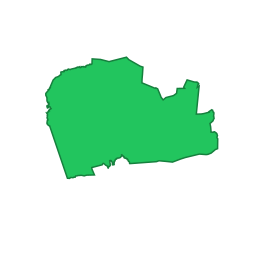 the district of Hidalgo, Durango, Mexico, rotated 298°
{"feature_id": "50627088B92149873655635", "entity_name": "Hidalgo", "entity_type": "district", "adm_level": 2, "iso_a3": "MEX", "parent_name": "Mexico", "parent_adm1": "Durango", "projection": "orthographic", "projection_center": [-104.857, 26.045], "detail": "fine", "context": "isolated", "style": "filled", "palette": "green", "viewbox_px": 256, "rotation_deg": 298, "n_neighbors": 0, "source": "geoboundaries", "source_scale": "gbopen_adm2", "svg_char_len": 5261}
<svg xmlns="http://www.w3.org/2000/svg" viewBox="0 0 256 256"><g transform="rotate(298 128 128)"><path d="M126.8,40.4L126.8,40.1L126.6,40.0L125.8,40.0L125.6,40.2L125.1,40.2L124.9,40.3L124.3,39.6L124.0,40.0L120.0,39.2L118.4,40.0L116.7,42.2L114.3,43.5L113.5,44.2L113.4,44.6L112.9,45.0L113.2,45.7L112.8,45.6L112.7,45.9L112.7,46.1L112.3,46.2L112.2,46.6L112.3,47.0L112.2,47.1L111.6,47.1L111.2,46.9L110.3,46.6L110.0,46.3L109.9,46.5L109.7,46.5L109.4,46.2L109.2,46.2L108.9,46.4L108.6,46.6L108.3,47.1L107.9,47.4L107.9,47.6L108.4,48.0L108.6,48.1L109.2,47.8L109.6,47.8L109.9,47.9L110.2,48.2L109.9,48.6L109.8,48.8L110.0,49.2L110.0,49.5L109.4,49.9L109.3,50.3L109.0,50.5L109.0,50.8L108.9,50.8L108.8,50.6L108.6,50.5L108.7,50.9L108.3,50.8L107.9,50.4L107.4,50.1L107.2,50.0L106.5,50.1L106.3,50.2L106.2,50.4L106.0,50.2L106.0,49.8L105.8,49.8L105.3,50.2L105.0,50.2L104.8,50.2L104.7,49.9L104.5,49.7L104.2,49.4L103.9,49.4L103.8,49.5L103.1,49.5L102.9,49.7L102.8,49.9L102.7,49.8L102.7,49.7L102.3,50.3L101.8,50.9L101.4,51.0L101.0,50.9L100.9,50.9L100.8,51.1L100.5,51.3L100.1,50.9L100.2,51.2L99.9,51.5L99.7,51.6L99.2,51.7L99.2,51.9L98.9,52.1L98.6,52.2L98.6,52.5L98.1,53.1L97.9,53.0L97.7,53.0L97.4,53.5L97.1,53.6L96.9,53.4L96.3,53.3L95.8,53.6L95.3,53.8L94.8,53.9L94.3,54.5L94.2,54.5L93.7,54.5L93.5,55.4L93.1,55.9L92.9,57.5L93.1,57.8L55.2,98.1L56.1,100.1L57.5,100.7L58.3,102.8L59.2,103.3L59.7,104.4L61.0,104.3L62.0,105.7L62.4,105.9L63.8,108.2L64.2,108.6L64.7,110.1L65.0,111.1L65.1,111.7L67.0,113.7L70.8,120.4L74.9,115.3L76.1,114.6L83.1,122.2L83.2,122.4L83.4,122.5L83.8,122.5L84.1,122.6L84.6,122.5L84.9,122.5L85.1,122.7L85.2,123.0L85.3,123.4L85.2,124.0L84.7,125.6L84.7,128.1L84.2,128.1L83.4,129.1L83.3,129.3L83.5,129.4L84.1,129.2L84.3,129.2L85.4,129.5L85.5,129.7L86.5,129.9L86.9,129.7L87.2,129.7L87.5,129.3L88.1,129.1L88.3,128.8L88.9,128.2L89.2,128.1L89.5,128.1L89.9,127.9L90.2,127.6L90.3,127.2L90.7,127.2L91.0,127.6L91.3,128.2L91.3,128.5L90.0,130.5L88.7,131.2L88.2,131.6L88.9,132.8L89.1,132.8L89.3,132.9L89.8,132.3L90.1,132.2L90.3,132.3L90.6,132.3L90.7,132.2L90.8,131.9L91.0,131.9L91.3,131.9L91.4,131.7L91.7,131.5L92.3,131.6L92.9,132.0L93.1,131.9L93.7,131.6L94.0,131.7L94.4,131.7L94.7,131.8L95.1,132.0L95.1,132.4L95.2,132.5L95.3,132.5L95.7,132.5L95.9,132.4L96.2,132.5L96.9,133.4L96.9,133.6L97.1,133.9L97.6,134.4L98.1,134.9L98.5,135.1L99.3,135.2L99.5,135.4L99.9,135.3L100.6,135.5L101.1,135.4L101.4,135.0L101.5,135.1L101.3,135.6L100.9,136.2L101.1,136.6L100.8,136.9L100.9,137.0L100.8,137.4L100.8,137.6L100.5,137.8L100.5,138.0L100.2,138.3L100.3,138.4L100.5,138.5L100.3,138.9L99.9,139.0L100.0,139.7L100.0,140.0L100.3,140.5L100.5,140.8L100.4,141.1L100.4,141.3L100.1,141.5L100.1,141.9L100.2,142.1L99.8,142.3L99.9,142.9L99.5,143.2L98.9,143.9L98.8,144.2L98.9,144.6L98.8,144.9L98.2,145.6L97.6,145.9L97.4,146.3L111.7,169.0L113.6,170.7L116.3,177.1L118.8,183.3L125.3,189.0L128.9,192.5L138.5,203.3L141.2,209.5L142.2,210.9L144.9,213.2L150.1,215.3L151.8,216.8L160.2,212.5L160.7,212.2L161.1,211.3L161.5,210.9L162.2,210.7L163.2,210.6L163.4,210.5L163.7,210.1L164.3,209.5L164.4,209.2L164.8,209.0L164.8,208.6L165.0,208.4L164.9,208.0L165.1,207.7L165.1,207.2L165.3,206.5L165.2,205.9L165.1,205.7L164.6,205.5L164.2,205.3L164.0,204.9L164.0,204.5L163.9,204.3L163.7,204.1L163.6,203.7L163.3,203.3L163.5,203.0L164.0,202.9L168.0,200.3L170.5,198.2L171.1,198.5L171.9,198.9L172.9,199.2L174.3,199.7L174.9,199.5L176.9,199.5L177.2,199.3L177.5,198.9L178.2,198.6L178.5,198.0L179.8,197.6L180.2,197.4L181.2,197.0L181.6,196.8L182.1,196.3L182.1,196.2L181.9,196.0L181.9,195.9L183.5,194.2L183.4,194.0L182.9,193.4L183.1,193.2L180.5,191.8L180.1,192.3L176.3,188.1L174.9,186.3L172.3,181.8L182.0,177.8L198.4,171.1L196.4,170.1L199.0,169.4L199.4,169.6L199.5,169.5L199.8,169.7L200.4,169.6L200.8,168.2L200.7,168.0L200.6,167.4L200.8,167.2L200.5,167.1L200.3,166.7L200.3,166.2L200.0,165.4L199.7,164.9L199.6,164.3L198.2,157.6L190.3,158.0L189.6,159.4L186.0,152.9L181.4,154.6L177.9,152.9L172.7,147.2L169.3,145.8L170.9,142.4L171.4,142.0L176.5,135.8L176.5,133.7L175.8,133.4L174.4,119.1L177.9,117.4L182.4,115.5L188.8,112.6L188.3,109.7L188.7,96.8L189.8,93.4L177.7,80.1L175.6,71.5L172.2,63.9L167.7,66.1L167.3,65.8L166.8,65.7L166.7,65.6L166.4,65.0L166.6,64.7L166.4,64.5L166.4,64.3L165.2,63.8L165.0,63.6L164.7,63.2L164.6,62.8L164.2,62.4L163.7,62.1L163.4,61.8L163.2,61.7L162.8,61.9L162.4,61.7L161.9,61.9L161.7,61.1L161.4,60.7L161.5,60.4L161.3,60.4L161.1,60.2L161.1,59.6L160.8,59.1L160.7,58.9L160.7,58.7L160.5,58.4L160.4,58.2L160.2,58.1L159.9,58.2L159.6,58.1L159.4,58.0L159.1,57.8L159.1,57.6L158.8,57.2L159.0,56.9L159.4,56.6L158.5,56.1L158.4,55.9L158.5,55.9L158.5,55.7L158.3,55.7L158.1,55.4L158.1,55.2L157.8,54.8L157.9,54.6L157.6,54.4L157.2,54.4L157.1,54.2L156.6,54.0L156.5,53.8L156.3,53.8L156.2,53.7L156.4,53.5L156.3,53.4L155.9,53.1L154.4,51.4L153.5,50.4L153.2,50.0L152.6,49.7L152.4,49.5L152.2,48.6L152.2,48.1L152.0,47.7L151.8,47.7L151.5,47.4L151.4,47.5L151.0,47.3L150.8,47.3L150.7,47.0L150.4,47.0L149.9,46.5L149.8,46.0L149.7,45.9L149.7,45.6L149.4,45.3L149.1,45.0L148.7,44.9L148.4,45.0L148.4,44.8L147.9,45.0L147.7,45.0L147.5,44.7L147.8,44.5L147.3,44.3L146.5,43.2L145.8,42.5L143.6,43.8L142.3,42.9L140.9,42.5L138.4,40.2L137.8,40.3L137.1,40.0L135.3,39.4L128.0,40.0L127.5,40.1L127.2,40.5L126.8,40.4Z" fill="#22c55e" stroke="#15803d" stroke-width="1.5"/></g></svg>